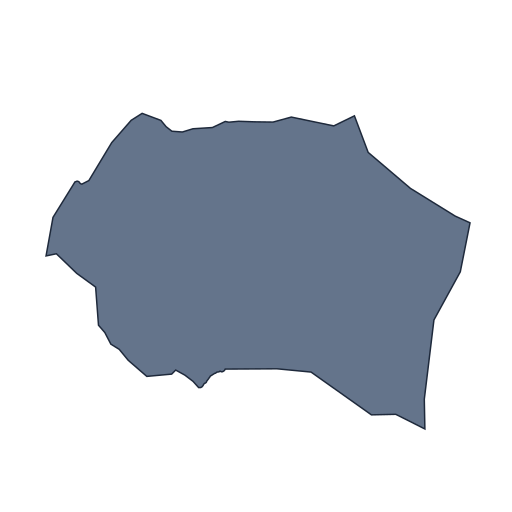 Nariinteel, Övörhangay, Mongolia (Natural Earth projection), rotated 277°
{"feature_id": "93677404B10303080752591", "entity_name": "Nariinteel", "entity_type": "district", "adm_level": 2, "iso_a3": "MNG", "parent_name": "Mongolia", "parent_adm1": "Övörhangay", "projection": "natural_earth1", "projection_center": [101.463, 45.858], "detail": "fine", "context": "isolated", "style": "filled", "palette": "slate", "viewbox_px": 512, "rotation_deg": 277, "n_neighbors": 0, "source": "geoboundaries", "source_scale": "gbopen_adm2", "svg_char_len": 1247}
<svg xmlns="http://www.w3.org/2000/svg" viewBox="0 0 512 512"><g transform="rotate(277 256 256)"><path d="M315.0,464.4L319.9,448.8L341.9,401.1L372.5,354.7L407.1,336.6L394.6,317.3L398.2,274.1L391.0,256.6L389.0,238.3L387.6,222.3L385.5,212.8L385.8,209.1L378.2,197.1L374.6,177.9L370.1,167.8L369.6,157.3L373.4,151.0L379.0,145.1L383.7,125.6L375.5,115.6L351.0,99.0L310.5,80.9L306.1,74.4L306.3,73.4L306.8,72.4L307.6,71.7L308.1,71.2L308.3,70.6L308.5,69.7L308.3,68.8L307.9,68.3L307.5,67.3L269.6,49.8L230.5,47.6L233.9,57.6L216.9,80.2L205.6,100.6L168.1,108.1L161.6,115.3L150.8,122.7L146.7,131.6L136.8,142.0L123.2,162.3L128.5,186.7L133.0,190.2L129.1,199.9L123.9,208.8L118.4,215.1L118.7,217.2L119.6,218.4L120.9,219.2L122.4,219.8L123.3,220.4L123.8,221.4L124.7,222.1L125.7,222.3L126.7,222.9L127.6,223.4L128.5,224.0L129.3,224.3L130.2,224.9L131.1,225.2L131.8,226.0L132.4,226.8L133.2,227.7L133.8,228.5L134.4,229.1L134.7,230.0L135.3,230.7L135.9,231.2L136.1,231.8L136.3,232.7L136.7,233.7L137.3,234.3L137.2,234.9L136.9,235.5L136.9,236.3L137.1,236.9L137.7,237.8L138.4,238.5L138.9,238.8L140.0,239.2L146.6,290.5L147.5,324.8L112.4,389.9L115.9,414.0L104.9,444.7L134.4,440.5L214.2,440.4L265.2,460.7L315.0,464.4Z" fill="#64748b" stroke="#1e293b" stroke-width="1.5"/></g></svg>